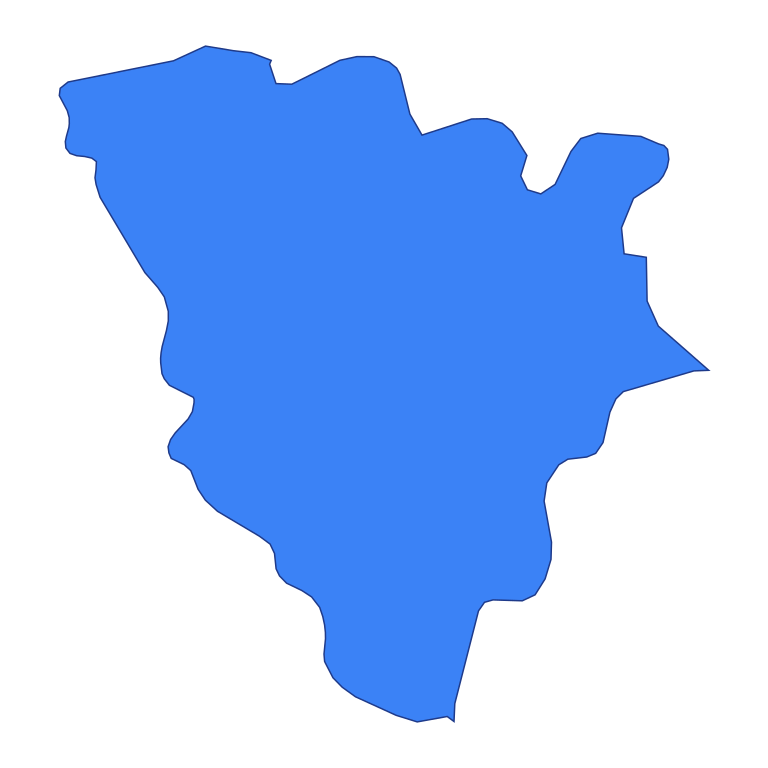 outline of Yvelines
{"feature_id": "FRA-5357", "entity_name": "Yvelines", "entity_type": "Metropolitan department", "adm_level": 1, "iso_a3": "FRA", "parent_name": "France", "parent_adm1": "", "projection": "natural_earth1", "projection_center": [1.792, 48.763], "detail": "fine", "context": "isolated", "style": "filled", "palette": "blue", "viewbox_px": 768, "rotation_deg": 0, "n_neighbors": 0, "source": "natural_earth", "source_scale": "10m", "svg_char_len": 1704}
<svg xmlns="http://www.w3.org/2000/svg" viewBox="0 0 768 768"><path d="M205.5,46.1L233.4,50.7L251.0,52.7L271.2,60.4L269.6,64.2L276.0,83.6L291.8,84.2L339.9,60.3L356.9,56.6L373.9,56.7L389.1,62.0L396.6,68.1L400.1,74.4L409.9,114.1L422.0,135.1L471.6,119.0L487.2,118.7L502.2,123.3L512.2,131.9L526.9,155.5L520.7,175.9L527.4,189.8L540.8,193.9L555.1,184.4L571.0,151.4L580.8,138.5L597.7,133.2L640.9,136.4L658.6,143.9L663.9,145.5L667.5,149.3L668.8,159.2L667.2,167.4L663.3,175.7L658.5,181.9L633.5,198.4L621.5,227.8L624.1,253.8L646.3,257.3L647.1,301.1L658.3,326.1L708.7,370.3L693.9,370.9L623.3,391.6L615.9,398.9L609.9,412.2L603.0,442.6L595.7,453.3L586.8,457.0L567.8,459.2L558.8,464.8L546.8,482.9L544.1,501.1L551.5,542.2L551.0,559.4L545.1,578.9L535.1,594.8L522.3,600.8L493.0,599.9L484.5,602.3L478.5,610.9L454.8,703.6L454.0,721.5L447.2,716.5L417.2,721.9L396.1,715.3L355.5,696.8L342.3,687.3L333.0,677.8L325.3,662.9L324.6,661.4L324.0,654.1L325.5,638.8L325.4,632.4L324.6,625.0L322.8,616.6L319.7,607.4L311.6,596.9L301.8,590.5L286.6,583.2L279.5,575.9L276.1,568.8L274.5,553.4L270.1,544.1L259.4,536.2L217.5,511.3L205.3,500.1L198.1,489.3L190.8,470.6L184.2,464.7L171.2,458.4L168.9,452.9L168.1,446.7L170.6,439.5L175.3,432.8L188.1,419.0L192.4,411.6L194.0,402.9L194.1,399.4L193.3,397.3L169.4,385.3L164.3,378.8L162.0,373.7L160.7,362.8L160.6,358.3L161.1,352.7L162.2,346.4L166.4,330.7L168.3,321.0L168.3,311.3L164.3,296.9L157.8,287.4L144.9,272.6L100.1,197.3L96.1,184.5L95.0,177.8L96.0,169.9L96.4,161.6L91.8,158.1L84.7,156.5L76.6,155.7L70.0,153.4L65.9,148.0L65.3,141.6L66.5,136.1L68.9,127.4L69.3,123.7L69.2,117.6L67.3,110.7L59.3,95.6L60.2,88.3L68.1,82.0L173.5,60.8L205.5,46.1Z" fill="#3b82f6" stroke="#1e3a8a" stroke-width="1.5"/></svg>